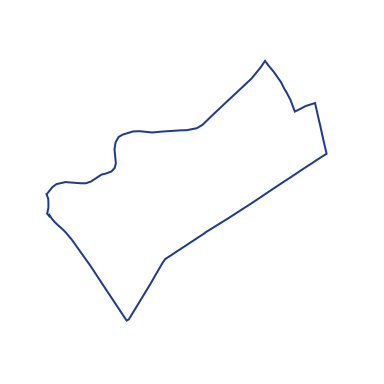 Quan 5, Hồ Chí Minh city, Vietnam (Equal Earth projection), rotated 162°
{"feature_id": "81297802B17569327634169", "entity_name": "Quan 5", "entity_type": "district", "adm_level": 2, "iso_a3": "VNM", "parent_name": "Vietnam", "parent_adm1": "Hồ Chí Minh city", "projection": "equal_earth", "projection_center": [106.67, 10.756], "detail": "fine", "context": "isolated", "style": "outline", "palette": "blue", "viewbox_px": 384, "rotation_deg": 162, "n_neighbors": 0, "source": "geoboundaries", "source_scale": "gbopen_adm2", "svg_char_len": 1322}
<svg xmlns="http://www.w3.org/2000/svg" viewBox="0 0 384 384"><g transform="rotate(162 192 192)"><path d="M293.9,89.9L291.4,90.4L259.3,118.0L252.2,124.5L241.2,134.3L238.1,136.5L226.1,139.8L192.5,149.0L191.4,149.5L166.4,155.6L144.1,161.5L134.5,164.1L118.7,168.6L108.7,171.4L104.1,172.7L90.8,176.3L79.2,179.6L72.2,181.5L68.5,182.4L65.7,183.3L58.1,185.3L52.2,186.8L51.2,198.2L51.2,198.7L49.3,218.0L49.3,218.9L48.3,229.6L47.5,238.6L57.5,238.6L63.8,237.5L69.3,236.7L69.6,242.3L69.6,243.0L69.9,249.1L71.2,257.0L72.2,261.2L72.9,265.5L73.2,267.5L73.5,269.2L77.2,281.2L80.5,289.5L82.0,294.1L88.1,289.4L98.3,282.8L100.4,281.5L117.2,273.6L126.6,269.2L128.6,268.3L150.6,257.9L161.3,252.6L167.9,251.2L177.8,252.4L183.5,254.1L202.9,259.0L205.7,259.6L211.5,260.9L223.0,266.0L229.2,267.8L240.3,268.0L244.8,267.0L249.3,262.9L252.5,256.6L255.6,242.7L258.1,238.8L260.2,237.6L262.2,236.4L268.4,236.2L272.9,236.5L284.7,233.2L290.3,233.1L295.4,234.8L307.5,239.8L309.1,240.5L318.4,241.4L323.3,239.8L330.5,235.0L331.1,234.9L330.8,230.2L331.6,227.1L333.5,221.2L334.2,220.1L334.4,219.7L335.9,217.0L336.5,216.4L335.2,213.1L334.6,213.9L333.7,210.4L332.1,206.3L329.9,202.2L326.3,196.0L324.5,192.4L322.1,186.4L321.6,185.3L321.2,184.3L311.5,153.4L311.4,153.1L306.5,135.2L306.4,134.8L293.9,89.9Z" fill="none" stroke="#1e3a8a" stroke-width="2"/></g></svg>